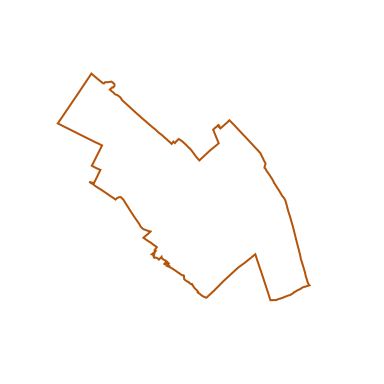 Botosesti-Paia, Dolj, Romania (orthographic projection), rotated 214°
{"feature_id": "2599482B11798370536777", "entity_name": "Botosesti-Paia", "entity_type": "district", "adm_level": 2, "iso_a3": "ROU", "parent_name": "Romania", "parent_adm1": "Dolj", "projection": "orthographic", "projection_center": [23.228, 44.408], "detail": "fine", "context": "isolated", "style": "outline", "palette": "amber", "viewbox_px": 384, "rotation_deg": 214, "n_neighbors": 0, "source": "geoboundaries", "source_scale": "gbopen_adm2", "svg_char_len": 5917}
<svg xmlns="http://www.w3.org/2000/svg" viewBox="0 0 384 384"><g transform="rotate(214 192 192)"><path d="M341.6,233.9L341.5,214.3L341.6,173.8L319.9,176.6L299.2,179.3L298.1,179.6L292.6,180.3L289.7,157.7L286.9,158.0L283.9,158.4L280.3,159.1L278.5,146.6L278.5,145.9L278.4,145.4L278.3,144.8L278.2,144.3L279.1,144.3L281.2,143.3L281.5,143.4L281.9,143.4L282.2,143.2L282.8,142.9L280.8,143.0L277.9,143.1L276.1,142.9L274.6,142.9L272.7,142.9L269.2,143.1L267.4,143.1L261.8,143.1L257.0,143.0L253.5,143.1L252.3,143.0L251.1,143.0L250.9,144.4L250.5,145.4L250.0,146.2L249.6,146.9L248.3,147.9L244.6,147.3L242.7,146.4L235.2,143.1L233.0,142.1L225.9,139.1L222.8,137.9L217.6,135.9L216.6,135.3L215.5,134.7L214.9,134.5L214.3,134.4L212.7,134.1L211.6,134.0L210.3,134.3L207.8,134.9L206.0,135.4L204.2,136.1L204.2,135.9L206.7,126.9L205.8,126.9L203.5,126.8L201.2,126.8L198.7,126.9L197.7,127.0L196.8,126.9L194.7,126.7L194.1,126.7L193.7,126.7L192.9,126.7L191.7,126.7L190.3,126.6L190.5,123.0L189.1,122.9L190.4,117.9L189.7,118.2L189.2,118.1L188.9,117.9L188.7,117.9L188.6,118.1L188.5,118.5L188.4,118.9L188.3,118.6L188.4,118.3L188.4,118.0L188.3,117.7L188.2,117.5L187.8,117.5L187.7,117.5L187.5,116.8L187.0,116.4L186.5,116.4L186.0,116.6L185.7,117.2L185.1,117.5L184.3,117.7L183.4,117.7L182.2,117.7L181.6,117.5L181.4,118.6L181.4,119.0L181.1,120.2L181.0,121.2L180.8,121.0L179.4,120.1L178.5,120.1L177.5,120.1L176.6,120.1L175.9,120.3L175.0,120.4L174.1,120.2L174.4,119.5L174.5,118.5L174.7,116.9L173.5,116.9L173.2,120.1L171.3,119.8L171.3,116.7L169.9,117.0L169.8,117.4L169.8,118.0L169.5,118.1L169.0,117.4L168.4,117.2L166.9,117.4L165.8,117.5L164.8,117.5L164.1,117.6L163.7,117.5L163.2,117.5L162.6,117.5L161.5,117.6L160.8,117.5L160.6,117.5L160.1,117.5L159.8,117.5L159.3,117.5L158.8,117.5L158.3,117.4L157.9,117.4L157.5,117.5L157.1,117.5L156.9,117.6L156.5,117.5L156.0,117.4L155.4,117.4L154.6,117.4L154.0,117.5L153.5,117.5L153.1,117.7L152.7,118.0L152.2,118.2L151.5,117.7L151.0,116.9L150.6,116.4L150.1,115.9L149.9,115.6L149.5,115.3L148.9,115.3L148.1,115.1L147.3,115.1L146.9,115.1L146.5,115.2L146.2,115.2L145.7,115.2L145.3,115.2L144.8,115.4L144.3,115.5L144.1,115.4L143.9,115.3L143.5,115.2L142.9,115.1L142.4,115.1L142.0,115.0L141.8,115.1L141.5,115.2L141.2,115.3L141.0,115.5L140.7,115.7L140.3,115.7L140.2,115.6L140.0,115.4L139.8,115.1L139.4,115.0L138.8,114.9L138.6,114.8L138.3,114.6L137.9,114.4L136.6,113.9L135.8,113.7L135.0,113.5L134.4,113.4L133.6,113.3L133.0,113.2L132.3,113.0L131.4,112.8L130.9,112.5L130.9,112.3L131.0,112.0L129.9,111.9L129.5,111.9L128.9,111.9L128.4,111.9L127.3,111.7L126.8,111.7L126.1,111.7L125.5,111.7L124.8,111.6L124.4,111.7L123.9,111.7L123.6,111.8L123.2,111.8L122.7,112.0L122.1,112.1L121.8,112.1L121.6,112.1L121.4,112.2L121.2,112.3L120.9,112.5L120.8,112.8L120.8,113.0L120.7,113.4L120.6,113.8L120.4,114.6L120.3,115.2L120.0,116.3L119.9,117.0L119.7,117.5L119.6,118.2L119.4,118.8L119.3,119.5L119.1,120.3L119.0,121.0L118.8,121.6L118.7,122.1L118.5,122.6L118.4,123.0L118.4,123.3L118.3,123.7L118.2,124.4L118.2,124.9L118.0,125.4L117.9,126.1L117.8,126.8L117.6,127.9L117.4,128.5L117.3,128.9L117.2,129.4L117.2,129.6L117.2,129.8L116.0,136.1L111.4,155.4L108.6,163.0L106.8,168.9L104.7,175.8L104.4,175.6L103.4,174.8L101.4,173.2L99.4,171.6L98.1,170.7L96.0,169.0L94.1,167.6L92.2,166.1L90.5,164.9L88.7,163.5L87.2,162.3L85.2,160.8L83.2,159.2L81.2,157.7L79.6,156.4L78.0,155.2L76.0,153.6L74.2,152.2L72.7,151.1L71.6,150.2L70.9,149.6L69.8,148.8L68.5,147.7L67.4,146.9L66.4,146.1L65.6,146.8L64.3,147.7L63.0,148.7L62.2,149.2L61.8,149.5L61.2,150.5L60.5,151.4L60.1,152.0L59.6,152.6L58.8,153.5L58.3,154.3L57.7,155.0L57.3,155.6L57.0,156.0L56.7,156.6L56.2,157.3L55.4,158.4L54.7,159.5L54.3,160.0L53.8,160.6L53.2,161.2L52.7,162.1L52.3,163.1L52.1,163.5L51.7,164.3L51.5,164.8L51.4,165.3L51.4,165.8L51.3,166.2L50.9,166.7L50.6,167.1L50.4,167.6L50.1,168.4L49.9,168.8L49.5,169.6L49.2,170.2L48.8,170.8L48.5,171.2L48.3,171.6L48.2,171.7L47.9,172.3L47.6,173.0L47.4,173.8L46.9,174.7L46.3,175.7L45.7,176.3L45.3,176.6L45.0,177.1L44.7,177.5L44.4,177.8L44.1,178.1L43.8,178.6L42.8,179.8L42.4,180.3L43.9,180.8L44.8,181.2L46.1,182.2L48.2,184.0L50.5,185.7L52.9,188.1L57.0,191.5L59.7,193.7L64.6,197.6L65.7,198.8L66.8,199.9L70.9,203.6L77.5,209.4L81.5,213.0L88.5,219.3L92.9,223.0L96.9,226.4L101.8,230.2L107.0,234.8L110.0,237.3L111.6,238.1L113.5,238.8L114.9,239.1L116.3,239.8L118.1,240.7L121.4,242.2L124.6,243.5L126.9,244.6L129.2,245.5L130.7,246.5L133.1,247.7L134.2,248.1L136.8,249.3L140.5,250.7L141.4,251.0L142.5,251.5L143.4,252.1L144.2,252.4L144.9,252.6L145.5,252.6L145.6,253.0L145.9,253.5L146.1,254.1L146.6,255.8L147.0,256.8L149.2,257.9L150.8,258.8L152.0,259.6L154.2,260.8L155.2,261.4L155.9,261.7L156.8,262.4L157.6,262.6L167.4,264.9L178.2,267.4L182.0,268.2L195.0,271.2L201.1,272.4L201.9,268.6L204.0,260.6L205.9,261.0L206.0,261.8L206.4,262.1L207.1,262.3L207.6,262.3L208.0,260.2L208.3,259.3L208.4,258.9L208.7,258.3L209.3,255.5L197.1,247.3L197.9,244.4L200.2,236.9L203.1,224.3L203.5,222.3L208.2,223.5L215.7,226.2L216.7,226.5L218.2,226.9L218.7,226.8L223.9,227.9L225.3,228.1L228.0,228.5L229.3,228.6L232.7,228.5L233.2,225.8L233.3,225.7L233.5,223.0L235.6,223.4L235.8,220.5L237.2,220.8L238.4,220.9L239.0,221.0L241.1,221.3L242.8,221.6L244.7,221.8L246.3,222.0L248.1,222.3L249.1,222.4L249.6,222.4L250.4,222.5L251.1,222.5L251.7,222.5L252.4,222.5L253.2,222.7L254.3,222.8L256.3,223.2L258.0,223.4L260.7,223.6L266.1,224.2L268.3,224.5L270.6,224.8L272.8,225.0L274.2,225.2L274.6,225.2L276.7,225.5L279.8,226.0L280.2,226.0L282.5,226.3L283.3,226.4L283.8,226.5L286.7,226.9L288.8,227.2L291.2,227.6L291.9,227.7L293.0,227.9L294.0,228.0L296.5,228.4L298.9,228.7L302.0,229.2L302.8,229.8L303.6,230.2L304.2,230.3L304.9,230.4L306.1,230.5L307.5,230.6L308.3,230.5L309.4,230.2L310.8,230.0L312.8,230.5L314.5,230.6L317.4,230.9L316.6,234.2L315.8,234.5L315.6,236.5L315.9,237.1L316.9,238.2L320.5,238.5L323.1,236.0L325.4,234.5L325.6,232.9L326.5,232.4L328.3,232.5L333.9,233.0L341.6,233.9Z" fill="none" stroke="#b45309" stroke-width="2"/></g></svg>